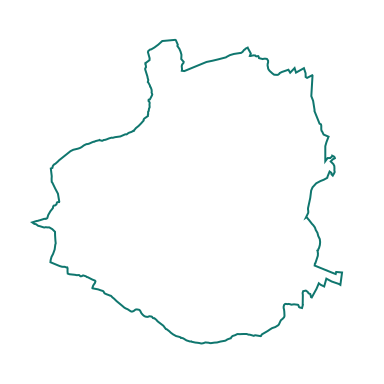 outline of Martinesti, Hunedoara, Romania, rotated 95°
{"feature_id": "2599482B2087288653186", "entity_name": "Martinesti", "entity_type": "district", "adm_level": 2, "iso_a3": "ROU", "parent_name": "Romania", "parent_adm1": "Hunedoara", "projection": "equal_earth", "projection_center": [23.115, 45.787], "detail": "fine", "context": "isolated", "style": "outline", "palette": "teal", "viewbox_px": 384, "rotation_deg": 95, "n_neighbors": 0, "source": "geoboundaries", "source_scale": "gbopen_adm2", "svg_char_len": 5917}
<svg xmlns="http://www.w3.org/2000/svg" viewBox="0 0 384 384"><g transform="rotate(95 192 192)"><path d="M284.1,308.7L284.6,307.0L284.7,301.2L284.9,299.8L284.6,297.3L284.7,297.0L285.6,295.9L285.7,295.5L285.4,294.4L284.7,293.5L284.6,293.1L285.2,290.4L285.9,289.3L285.9,288.6L287.9,283.7L288.7,281.0L289.2,280.5L289.6,280.4L291.4,280.9L292.6,281.7L293.9,282.3L295.9,282.8L296.4,282.9L296.6,282.7L297.2,277.0L297.9,274.4L298.3,272.5L298.6,271.7L299.0,271.3L299.8,270.9L300.6,270.2L301.3,268.3L302.0,265.7L302.3,265.0L302.4,264.0L302.7,263.4L303.9,262.1L305.0,260.4L307.3,257.6L311.3,251.8L313.1,249.3L313.8,247.8L314.4,245.9L316.2,242.6L316.4,241.6L316.3,241.1L315.7,239.8L314.3,238.3L314.0,237.8L313.8,237.1L313.8,236.0L314.0,234.3L314.3,233.8L315.1,233.1L317.1,231.9L318.3,230.7L319.2,229.6L319.8,228.6L320.2,227.5L320.3,226.0L320.2,225.0L319.5,223.7L319.5,223.2L319.6,221.5L319.8,221.0L321.0,219.9L321.1,219.5L321.0,218.9L321.3,218.3L321.2,218.2L322.6,216.2L323.4,215.5L324.3,214.3L327.7,208.9L330.8,206.1L330.9,205.3L332.8,202.3L333.9,201.0L335.4,198.6L336.9,195.3L337.4,192.2L337.8,190.7L338.1,190.2L338.3,190.2L338.3,189.2L338.6,187.9L340.3,184.6L341.1,181.0L340.9,179.6L341.2,179.3L341.7,175.5L341.7,173.8L341.8,171.7L342.1,169.7L342.0,168.9L341.6,167.5L340.7,165.6L340.7,162.3L341.0,160.7L340.9,159.9L340.1,156.6L339.7,153.9L338.5,150.6L337.3,146.1L336.6,144.9L335.8,144.0L334.4,141.0L334.4,140.7L332.7,139.8L331.9,139.0L330.9,136.6L329.6,134.5L329.5,133.9L329.5,132.4L328.9,127.8L328.7,125.2L329.2,123.1L329.1,122.0L329.9,117.9L329.3,116.9L329.2,116.3L329.6,111.0L329.4,110.7L328.3,110.3L327.7,109.9L323.9,104.5L322.1,102.3L320.6,100.3L319.3,97.3L317.3,94.6L316.4,93.9L313.3,92.8L312.1,92.3L311.6,91.9L310.6,90.8L308.8,89.4L307.8,89.1L307.1,89.1L303.3,89.6L300.9,90.1L299.6,90.6L298.1,90.7L296.5,90.4L295.7,89.8L295.3,89.0L295.3,88.5L295.4,87.0L295.1,86.2L295.2,84.7L295.6,83.2L295.0,80.6L295.1,76.9L295.2,76.4L295.4,76.2L297.2,75.4L297.6,74.8L298.0,72.3L294.7,71.7L294.6,71.9L284.9,72.6L283.0,73.0L281.1,72.6L280.3,70.0L281.4,68.1L282.8,67.0L283.3,65.3L286.4,64.2L286.6,63.5L277.5,59.5L271.9,57.7L272.4,57.0L273.2,55.8L274.6,52.1L266.6,50.6L269.0,45.0L270.8,37.7L271.6,36.1L259.1,35.5L259.1,41.4L261.2,41.7L260.3,44.9L254.6,63.4L252.5,63.3L252.2,62.9L244.6,61.1L241.9,61.2L241.5,61.4L240.5,61.5L239.4,62.0L239.0,61.3L238.7,61.2L237.7,61.1L236.8,60.6L233.6,60.0L230.7,60.0L227.8,60.6L224.8,62.4L221.7,63.5L218.9,65.5L218.3,65.7L216.6,66.5L214.5,68.3L213.3,69.7L209.5,73.2L208.5,74.3L207.5,75.1L207.2,75.8L207.6,76.3L202.6,74.4L201.0,74.5L199.3,74.9L198.0,75.0L187.7,73.7L180.1,73.4L176.8,72.3L172.5,69.0L169.9,65.0L168.3,61.8L166.1,58.5L164.8,58.3L159.6,56.7L160.7,54.9L162.2,54.6L163.4,53.2L162.5,52.8L162.0,53.0L161.6,52.3L159.6,51.6L157.8,52.1L156.5,52.1L153.7,52.5L151.9,53.6L149.5,56.5L148.0,55.3L146.9,54.3L146.5,53.5L145.9,52.6L145.1,52.9L144.3,53.7L143.6,55.5L144.4,55.6L145.6,56.8L145.9,57.3L146.1,57.3L146.4,59.9L149.7,61.9L134.7,63.2L130.6,62.4L125.0,60.8L123.3,65.9L120.3,67.7L119.7,68.3L118.2,68.7L114.7,69.0L113.4,69.4L112.8,70.9L100.6,77.1L99.9,77.0L90.6,79.3L86.1,81.5L65.5,82.1L65.2,82.4L68.3,87.3L67.5,88.8L63.8,89.2L58.9,91.3L64.0,98.8L59.6,100.6L64.6,104.6L61.8,106.6L64.6,112.9L65.9,115.0L66.6,115.3L67.6,116.4L67.9,117.2L68.0,120.4L66.9,122.2L64.7,125.1L63.4,126.3L62.4,126.9L60.7,127.3L59.7,127.7L57.7,127.8L56.6,127.5L54.7,127.6L54.2,127.9L52.9,129.0L52.8,131.0L53.2,132.7L53.4,133.1L52.8,136.9L51.7,137.3L50.9,137.8L51.0,138.8L51.3,139.8L51.0,140.4L50.5,140.9L50.5,142.6L51.1,144.7L51.4,145.3L51.4,146.2L49.0,145.5L48.1,146.0L44.1,148.7L43.3,149.1L44.5,151.1L45.6,151.9L45.9,152.5L48.1,153.9L49.3,155.5L49.3,156.0L50.8,162.2L52.3,166.1L54.3,169.2L54.9,169.9L57.6,177.5L59.4,182.9L61.2,188.9L72.2,210.2L72.1,212.7L70.7,212.6L67.5,213.2L65.8,212.9L64.3,211.8L63.1,211.6L60.5,214.3L57.5,214.4L56.1,214.5L53.0,215.7L51.6,216.5L50.7,216.9L47.8,219.3L46.5,219.0L42.2,221.3L41.9,222.0L44.2,234.8L48.1,238.4L51.3,242.0L53.5,245.1L53.7,246.1L55.3,247.8L56.5,248.1L62.4,245.9L64.3,245.8L67.1,248.9L67.5,249.1L67.5,249.6L68.1,249.7L68.8,249.6L69.3,249.2L71.6,248.7L73.1,249.4L74.0,249.3L80.8,246.5L82.3,246.1L84.3,245.3L86.3,245.6L86.7,245.1L89.6,243.2L90.8,242.9L91.2,242.3L93.6,241.2L95.1,240.9L96.5,240.9L98.2,240.1L99.2,240.3L103.4,242.0L103.8,243.2L104.4,243.3L105.2,243.2L105.9,242.4L106.9,241.9L108.4,242.0L111.2,241.6L111.8,241.7L112.3,242.0L112.8,242.1L115.1,242.2L115.6,242.6L116.0,242.7L116.7,242.6L117.2,242.7L118.1,242.4L118.8,242.7L120.1,242.5L123.0,245.9L124.0,246.5L124.7,246.4L125.0,246.4L128.1,248.7L130.8,250.9L133.3,253.5L135.4,254.9L136.1,255.8L136.3,255.6L136.9,256.8L137.4,257.5L138.4,259.8L138.8,260.5L140.1,261.9L140.3,262.3L140.4,263.6L142.9,268.2L144.1,273.5L144.9,275.6L144.9,276.9L145.9,279.5L147.0,281.6L147.4,282.6L147.6,283.0L147.9,284.5L148.7,285.6L148.8,286.5L148.5,287.7L148.6,288.0L148.3,288.6L148.5,288.7L148.5,289.1L148.8,289.9L149.6,292.3L150.2,293.4L150.4,293.6L150.4,294.1L151.1,295.7L152.7,298.5L153.3,300.0L153.5,301.3L154.2,302.5L155.0,303.8L156.9,305.9L158.0,307.6L158.8,309.5L160.3,314.0L161.9,316.6L170.1,325.2L172.0,327.2L173.5,328.4L174.0,328.9L175.7,330.5L176.5,331.7L177.1,332.2L178.2,332.9L180.2,333.2L180.9,334.7L188.5,333.1L191.3,333.0L194.2,332.6L194.9,331.9L200.6,328.5L205.4,325.4L213.2,323.4L213.6,323.5L213.9,325.3L214.6,325.7L216.2,326.0L217.3,327.2L217.6,328.5L218.4,329.0L220.2,329.2L223.5,331.4L227.4,333.2L230.6,333.9L231.3,334.7L231.3,335.4L231.6,335.7L231.6,336.8L233.4,341.1L233.8,342.3L234.1,342.8L234.3,343.6L234.4,344.2L236.2,348.5L237.5,346.3L237.7,344.5L239.1,342.3L239.3,340.7L240.2,336.6L240.2,335.8L239.8,334.7L239.9,332.9L239.7,331.1L241.2,327.9L243.6,325.0L247.3,324.6L251.9,323.9L255.0,323.3L256.4,323.6L261.2,323.8L265.8,325.0L268.9,326.3L272.2,326.9L274.3,326.9L277.3,317.4L277.8,314.9L277.6,312.3L278.1,310.6L278.0,309.7L278.9,309.3L281.9,309.1L284.1,308.7Z" fill="none" stroke="#0f766e" stroke-width="2"/></g></svg>